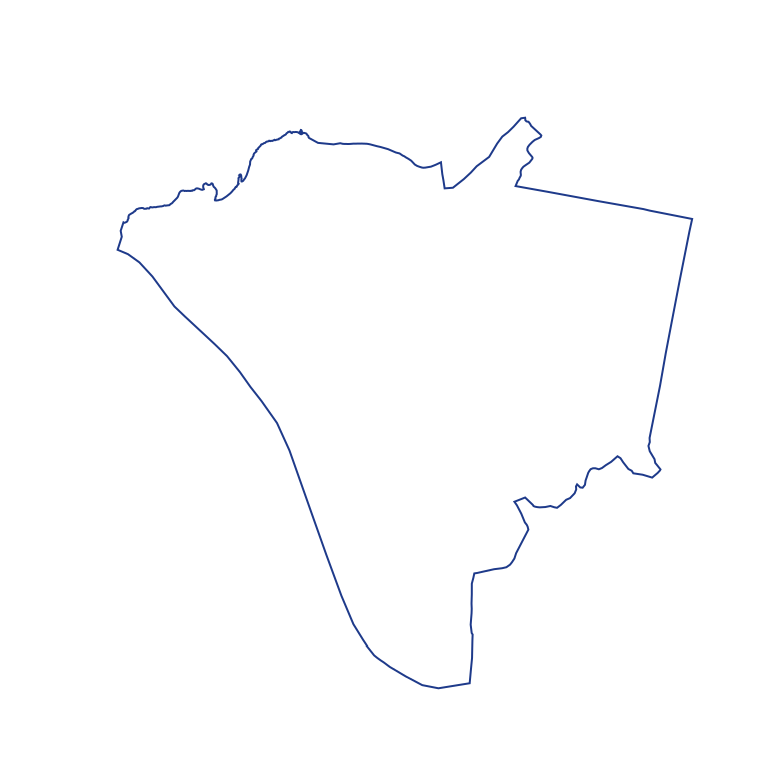 the district of San Cristóbal, Bolívar, Colombia, rotated 191°
{"feature_id": "7082276B17272227994526", "entity_name": "San Cristóbal", "entity_type": "district", "adm_level": 2, "iso_a3": "COL", "parent_name": "Colombia", "parent_adm1": "Bolívar", "projection": "natural_earth1", "projection_center": [-75.055, 10.374], "detail": "fine", "context": "isolated", "style": "outline", "palette": "blue", "viewbox_px": 768, "rotation_deg": 191, "n_neighbors": 0, "source": "geoboundaries", "source_scale": "gbopen_adm2", "svg_char_len": 6149}
<svg xmlns="http://www.w3.org/2000/svg" viewBox="0 0 768 768"><g transform="rotate(191 384 384)"><path d="M341.9,115.7L338.3,113.8L334.4,112.0L331.2,110.7L324.4,107.4L306.8,101.1L289.0,95.7L272.5,95.7L242.8,106.6L244.2,120.5L245.3,131.9L248.3,149.2L249.2,155.0L250.4,156.3L253.0,164.3L254.3,175.7L255.0,180.1L256.2,185.2L257.7,194.4L259.7,204.8L259.3,210.7L259.2,215.3L256.7,216.2L240.6,223.2L232.9,225.7L228.9,227.5L225.8,230.7L224.4,233.4L222.7,237.6L222.0,243.2L214.5,268.6L215.8,271.4L217.0,273.0L219.3,275.0L224.5,282.9L230.4,290.3L233.5,293.3L223.8,299.5L214.8,293.7L213.9,292.7L212.3,292.4L210.1,292.4L207.7,292.6L202.2,294.0L197.4,296.0L193.3,295.5L190.5,295.5L187.3,299.1L183.1,305.1L179.6,307.5L176.0,313.1L175.2,317.2L176.0,320.1L175.3,322.3L171.6,319.9L169.2,320.1L167.5,323.4L167.7,327.8L167.3,330.4L166.6,335.7L166.0,337.5L164.9,339.8L162.9,341.1L160.4,341.6L156.8,341.3L154.0,343.1L150.8,346.6L146.2,350.9L141.0,357.6L137.7,356.3L134.3,352.8L127.9,347.2L124.3,346.1L122.2,343.9L112.8,344.3L102.9,343.3L98.4,348.9L96.6,351.8L96.3,352.9L100.4,356.4L102.7,358.3L104.1,361.8L110.3,368.7L112.6,373.7L112.0,377.7L113.0,381.7L112.7,434.8L113.3,468.1L113.4,498.5L113.5,543.4L113.3,592.3L113.0,604.8L156.1,604.9L162.7,605.2L208.8,604.4L259.4,603.9L292.6,603.4L291.5,608.9L290.6,610.5L290.2,612.4L289.6,614.1L289.5,615.2L290.4,618.3L290.3,620.3L289.7,621.9L288.6,623.9L286.4,626.2L283.6,629.0L281.4,633.3L281.3,634.3L281.8,635.1L285.9,638.4L287.8,640.6L288.2,642.3L288.0,644.1L286.8,646.6L284.5,650.0L282.6,652.3L278.8,655.0L277.2,656.5L277.0,658.0L278.0,658.8L288.9,665.5L289.6,666.5L290.6,667.6L292.2,669.0L293.3,668.9L294.3,669.0L295.6,669.9L295.9,671.2L296.3,672.3L300.1,671.0L305.9,661.3L310.3,654.9L315.1,649.4L318.8,641.6L324.1,627.0L334.6,615.4L339.1,608.1L344.7,600.4L353.8,589.8L361.8,587.6L364.5,595.2L366.8,601.1L370.4,612.5L374.6,609.4L376.4,608.2L379.4,606.3L381.8,605.4L385.0,604.2L386.7,603.8L387.9,603.7L390.7,604.0L393.1,604.4L395.6,605.3L399.9,608.4L403.0,609.7L405.7,610.6L407.5,611.4L409.3,611.8L412.7,613.3L416.5,613.5L424.8,615.3L432.7,616.0L436.3,616.1L443.3,616.6L445.6,616.6L447.0,616.5L452.1,615.7L460.2,614.0L462.3,613.4L464.6,612.8L467.1,612.4L470.0,611.9L472.9,612.0L479.2,609.6L494.8,608.1L504.5,611.2L505.2,611.9L505.4,612.7L505.9,613.3L506.6,613.6L508.0,615.0L510.0,615.3L511.1,615.1L512.0,614.0L512.8,613.4L513.3,613.4L513.2,613.8L512.7,614.4L512.8,614.6L512.7,616.0L513.2,617.0L513.7,617.5L514.1,617.5L514.2,616.7L514.7,615.6L514.7,615.2L514.9,614.8L515.1,614.1L515.6,614.2L516.6,614.7L518.6,614.6L520.2,614.1L521.4,614.0L521.9,613.5L522.3,612.7L522.7,612.7L523.3,613.3L523.8,613.3L524.1,613.8L524.7,613.9L525.1,613.6L525.5,613.3L526.1,613.2L526.6,612.3L527.2,611.8L527.6,611.3L527.9,610.5L528.2,610.0L529.5,609.1L529.9,608.5L530.9,607.7L531.6,606.9L531.7,606.4L532.5,605.7L534.1,604.6L534.1,604.1L536.3,603.2L536.8,602.8L537.1,602.7L537.5,602.5L538.1,602.8L538.7,602.3L539.1,601.9L540.0,601.5L540.2,601.2L541.0,601.2L541.7,601.0L541.8,600.8L542.0,600.7L543.1,600.9L543.3,600.5L544.0,600.2L544.3,599.9L545.5,599.5L546.1,598.9L546.6,598.1L547.8,597.5L548.2,597.1L548.8,596.5L549.1,596.2L549.7,596.1L550.1,595.8L550.4,595.4L550.5,594.6L552.0,592.3L552.2,591.8L552.6,591.4L552.6,590.5L553.5,589.9L553.6,589.6L554.0,589.3L554.2,589.0L553.9,588.3L553.6,587.9L555.1,586.1L555.6,585.2L555.6,584.8L555.8,584.0L555.6,583.3L556.3,581.4L556.4,580.4L556.9,579.7L557.3,579.4L557.4,578.7L557.8,576.8L557.7,576.1L557.4,573.8L557.8,571.4L558.0,567.8L558.7,562.7L559.7,559.3L560.5,557.9L560.8,557.0L561.1,556.5L562.0,555.7L562.5,555.6L562.7,555.9L562.8,556.5L563.0,557.3L563.1,558.1L563.0,558.7L563.4,559.3L563.6,560.2L563.9,561.2L564.2,561.8L564.7,562.3L565.1,562.3L565.7,561.9L565.8,561.7L564.9,561.7L564.9,560.9L565.4,560.5L565.6,559.8L565.6,559.1L566.1,558.5L566.1,558.0L565.8,557.0L565.6,553.3L564.9,552.9L565.1,552.1L565.9,551.1L566.1,550.5L566.2,549.7L566.6,549.2L567.1,549.2L567.5,548.4L567.9,547.1L569.0,545.7L569.8,544.1L571.2,541.9L574.4,538.1L578.1,534.5L579.2,533.9L580.4,533.5L581.8,532.7L583.7,532.1L584.9,532.0L585.1,532.3L585.2,533.0L584.8,533.7L585.0,534.6L585.1,535.3L584.6,536.2L584.7,537.2L584.4,538.4L585.0,541.3L585.2,542.1L586.8,543.8L587.7,544.5L588.8,545.1L589.7,546.4L590.2,547.5L590.8,548.0L591.7,548.0L592.0,547.3L592.3,546.7L593.6,546.0L594.0,545.9L594.3,545.9L594.4,546.0L595.2,546.0L595.9,546.4L596.3,546.8L596.7,547.0L596.9,547.0L597.3,547.0L597.5,546.8L598.1,546.3L598.8,545.8L599.0,545.4L599.2,545.0L599.3,544.4L599.3,544.0L599.1,542.9L598.7,542.0L598.1,541.1L598.0,540.8L599.5,539.9L600.0,539.9L601.2,540.0L603.0,540.4L604.8,540.4L605.4,540.2L605.9,539.9L607.2,538.2L607.6,537.9L608.5,537.8L609.3,537.0L609.6,537.1L610.1,537.0L610.5,536.6L611.0,536.6L611.3,536.5L612.2,536.3L612.4,536.4L613.5,536.1L613.9,536.1L614.6,535.8L615.2,535.8L615.8,535.7L616.6,535.4L617.4,535.6L618.1,535.6L619.8,534.9L620.4,534.3L621.0,533.4L621.4,532.4L622.0,528.7L622.4,527.6L622.7,527.1L625.0,523.6L625.7,522.6L626.2,521.6L626.8,520.8L627.8,520.0L628.1,519.6L628.8,518.6L631.6,517.7L632.0,517.5L632.4,517.4L633.1,517.5L633.6,517.4L634.0,517.2L634.4,516.8L634.9,516.5L636.3,515.9L637.2,515.7L639.0,515.1L639.9,514.8L640.6,514.6L641.2,514.2L641.9,514.0L643.6,513.7L644.9,513.2L645.5,513.1L646.2,513.1L646.7,513.2L647.1,513.0L647.6,512.5L647.8,511.9L648.0,511.5L648.5,511.4L648.9,511.3L649.3,511.3L649.7,511.4L650.3,511.2L650.6,510.8L651.2,510.6L651.6,510.5L652.6,510.3L653.2,510.3L654.0,510.7L655.3,510.6L656.4,510.2L657.6,509.8L658.1,509.6L659.0,509.0L659.9,508.6L660.4,508.1L660.8,507.5L661.2,506.5L661.5,506.1L661.9,506.0L662.4,505.2L663.5,503.9L664.4,503.3L665.2,502.5L666.1,501.7L666.4,501.4L666.5,501.1L666.7,500.4L666.8,498.9L666.7,498.6L666.4,498.3L666.4,498.0L666.6,497.2L666.9,496.5L666.8,495.6L667.2,494.5L667.6,494.0L669.2,492.9L669.6,492.7L670.0,492.6L670.6,492.9L671.7,484.1L669.5,478.5L671.1,464.9L660.1,462.6L647.3,456.7L631.8,445.3L604.5,420.1L592.5,412.4L558.1,391.0L543.4,381.4L527.7,368.2L514.5,355.6L501.0,343.9L481.6,325.3L464.1,300.7L430.8,244.0L408.0,205.3L385.4,168.0L368.2,142.4L355.7,128.9L350.7,123.8L350.9,123.4L341.9,115.7Z" fill="none" stroke="#1e3a8a" stroke-width="2"/></g></svg>